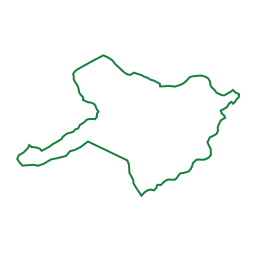 Caldazinha, Goiás, Brazil (Mercator projection), rotated 206°
{"feature_id": "56859067B2898488959664", "entity_name": "Caldazinha", "entity_type": "district", "adm_level": 2, "iso_a3": "BRA", "parent_name": "Brazil", "parent_adm1": "Goiás", "projection": "mercator", "projection_center": [-48.966, -16.729], "detail": "fine", "context": "isolated", "style": "outline", "palette": "green", "viewbox_px": 256, "rotation_deg": 206, "n_neighbors": 0, "source": "geoboundaries", "source_scale": "gbopen_adm2", "svg_char_len": 2166}
<svg xmlns="http://www.w3.org/2000/svg" viewBox="0 0 256 256"><g transform="rotate(206 128 128)"><path d="M200.2,156.6L201.1,152.8L199.0,149.9L198.0,147.7L195.3,145.9L192.0,144.0L189.5,141.4L187.1,138.2L183.9,136.6L181.5,135.8L180.8,133.4L177.6,133.6L174.9,133.7L172.1,134.7L168.6,134.7L166.5,133.2L163.9,130.8L161.6,129.7L162.2,127.4L160.9,124.5L161.5,121.4L164.3,120.4L166.7,119.0L168.9,117.1L169.7,114.4L172.6,109.6L172.6,105.7L174.6,103.9L175.5,100.7L177.5,98.6L180.0,96.7L181.4,94.4L182.8,91.2L182.9,88.8L184.5,86.4L186.5,83.4L188.4,80.9L189.4,78.7L190.7,76.3L192.4,74.2L194.1,71.6L195.8,69.6L197.9,70.7L201.6,70.4L203.8,69.6L206.3,68.6L209.2,69.4L209.3,65.5L211.2,60.0L214.3,55.6L213.9,51.5L210.2,49.4L206.5,47.9L196.9,53.4L192.3,54.7L188.2,58.7L183.4,66.0L177.8,70.3L171.5,75.7L169.9,81.8L166.1,85.0L162.1,90.4L158.1,98.3L130.1,98.5L127.6,98.5L117.7,98.6L114.6,98.6L111.5,96.0L109.3,92.4L106.9,88.1L104.5,86.5L100.5,83.5L98.8,80.6L94.3,77.8L91.8,76.2L89.3,74.9L86.3,73.1L85.0,77.3L82.9,80.8L80.7,82.6L77.2,83.4L76.4,86.6L76.7,89.9L73.5,91.1L72.3,94.7L71.1,97.2L69.1,99.5L66.1,100.7L63.4,101.9L62.2,104.4L61.8,107.6L61.1,110.2L58.8,111.7L56.0,114.0L54.3,115.9L53.7,118.4L53.6,121.9L54.3,125.0L52.6,129.5L50.1,130.9L46.1,132.6L44.1,134.5L42.5,136.9L41.7,140.0L43.2,142.9L44.5,145.4L47.2,147.4L50.3,150.0L50.3,155.5L47.7,158.7L45.9,161.4L45.9,164.9L47.5,167.6L48.0,170.5L47.9,175.6L45.2,179.7L47.2,181.5L49.8,182.0L52.3,184.3L50.0,187.4L48.3,190.0L47.8,194.6L46.4,196.9L44.3,195.9L43.2,198.3L43.0,201.4L41.9,204.2L43.0,207.1L46.8,207.0L50.4,208.1L51.4,205.9L53.5,202.8L55.7,199.6L57.9,198.7L60.7,198.5L63.8,198.5L67.6,200.4L71.3,201.5L73.0,203.1L74.9,205.9L77.7,207.7L80.0,208.0L83.3,207.7L86.2,206.8L89.3,204.8L92.6,202.8L94.9,200.5L96.0,196.5L97.2,193.7L98.6,191.1L101.1,188.6L103.8,185.9L110.7,183.3L113.4,181.5L117.3,179.5L118.9,181.8L121.7,181.8L125.1,182.0L129.1,181.3L132.6,181.7L135.9,181.2L139.0,181.5L142.1,181.0L147.0,180.3L149.0,177.0L151.3,176.0L153.6,176.0L156.5,176.5L159.5,177.4L162.5,178.4L167.4,179.8L171.2,181.8L173.5,182.3L177.2,182.6L182.0,182.5L190.4,171.1L198.6,159.3L200.2,156.6Z" fill="none" stroke="#15803d" stroke-width="2"/></g></svg>